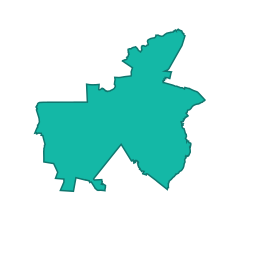 Oriental, Puebla, Mexico, rotated 65°
{"feature_id": "50627088B61096049889972", "entity_name": "Oriental", "entity_type": "district", "adm_level": 2, "iso_a3": "MEX", "parent_name": "Mexico", "parent_adm1": "Puebla", "projection": "robinson", "projection_center": [-97.583, 19.328], "detail": "fine", "context": "isolated", "style": "filled", "palette": "teal", "viewbox_px": 256, "rotation_deg": 65, "n_neighbors": 0, "source": "geoboundaries", "source_scale": "gbopen_adm2", "svg_char_len": 5541}
<svg xmlns="http://www.w3.org/2000/svg" viewBox="0 0 256 256"><g transform="rotate(65 128 128)"><path d="M56.7,94.6L57.6,95.1L58.9,95.4L59.2,95.7L59.4,95.8L59.7,95.5L60.0,95.5L60.7,96.0L61.6,95.9L61.7,96.0L61.9,96.7L62.1,96.9L62.6,97.3L63.3,97.7L63.3,99.1L63.4,99.3L63.7,99.1L64.0,99.1L64.9,99.8L65.2,100.2L65.1,101.2L64.8,102.5L64.9,103.4L64.7,104.4L64.9,104.7L75.3,98.5L78.6,101.5L79.3,101.7L81.0,102.4L82.1,103.3L80.1,109.3L78.9,113.7L78.4,115.0L76.5,118.6L78.8,119.3L80.0,120.2L82.7,121.9L83.4,121.6L84.8,121.8L85.1,122.1L86.2,123.5L86.6,124.7L86.7,127.9L86.7,128.3L86.8,128.7L86.7,129.2L86.4,129.8L86.3,130.7L85.9,131.2L86.1,131.4L85.4,132.2L85.2,132.0L84.5,132.9L84.2,133.0L83.6,132.9L82.1,134.1L81.9,133.8L81.0,134.7L81.5,136.8L81.4,137.6L80.8,138.3L76.3,135.8L75.2,138.9L73.6,142.5L72.3,144.8L70.8,147.0L87.4,153.9L69.1,193.4L67.5,197.3L67.5,198.8L67.8,199.4L68.1,199.9L69.4,200.9L69.3,201.4L69.9,201.9L70.0,202.4L70.4,202.5L71.1,202.2L71.6,202.4L71.9,202.1L72.4,202.2L72.8,203.3L81.0,204.4L82.2,204.7L85.2,205.8L87.3,208.2L87.2,208.7L89.3,209.7L89.5,210.5L93.3,214.6L93.6,213.0L93.8,212.9L94.7,213.3L94.8,213.0L94.7,212.6L94.8,212.2L94.7,211.8L94.9,210.9L95.3,210.4L96.2,208.8L97.4,209.3L97.9,209.8L98.8,208.4L101.1,208.9L107.8,210.1L108.1,210.2L108.3,211.0L110.0,211.8L110.9,212.8L112.4,213.5L113.5,214.2L119.6,216.9L123.2,218.6L128.8,210.4L138.4,210.4L143.0,215.0L147.2,207.7L149.9,208.9L152.0,211.2L156.0,215.7L162.3,204.2L151.0,196.2L157.3,188.4L157.1,188.3L158.6,186.6L159.3,185.5L159.6,185.7L160.3,185.7L161.2,185.6L161.0,185.2L161.1,184.9L161.5,184.1L167.7,183.3L168.7,183.2L168.9,183.3L169.2,183.0L170.7,182.5L171.8,181.6L172.9,179.0L174.3,176.6L175.1,175.4L173.7,174.7L172.5,173.7L172.4,173.7L170.6,172.7L169.9,173.1L169.2,173.7L167.5,174.5L168.4,175.0L167.6,175.9L167.3,175.5L166.9,175.2L165.9,174.1L165.6,174.0L165.4,174.2L163.7,173.6L160.9,180.5L160.2,180.8L159.7,180.8L159.4,180.4L158.7,179.1L139.9,141.1L159.3,138.8L159.1,137.0L160.3,137.3L160.6,136.9L161.4,136.9L161.7,137.3L162.3,137.5L162.3,135.9L160.6,135.6L160.6,134.8L160.7,134.7L161.2,134.7L161.2,133.9L162.5,133.9L162.8,133.8L162.5,133.3L163.5,133.0L164.4,133.8L164.5,134.4L166.0,134.4L166.4,134.5L166.5,134.8L168.2,134.6L168.3,134.8L169.8,134.2L170.2,134.9L171.5,134.2L173.0,134.0L172.8,133.5L174.1,131.8L175.4,133.9L175.7,134.0L178.2,131.3L177.3,130.9L177.4,130.2L178.3,129.5L187.4,124.7L188.8,124.1L200.0,118.5L200.3,118.4L199.9,118.0L198.9,117.3L199.1,116.5L198.0,116.1L195.7,115.0L195.2,114.9L194.9,114.1L193.6,113.2L193.6,112.9L193.2,112.1L193.0,111.0L192.8,110.7L192.8,110.4L191.7,107.9L191.6,107.0L191.4,106.3L190.9,105.6L190.4,104.0L190.1,104.0L190.3,103.4L190.2,101.3L189.2,99.7L189.1,97.6L188.5,96.4L187.4,94.7L186.9,94.2L186.1,93.5L183.9,92.0L183.4,91.2L183.0,90.8L182.4,90.5L180.8,90.1L180.2,89.5L179.7,88.3L179.3,87.9L178.8,88.1L178.5,88.1L178.4,88.0L178.1,87.9L178.2,87.6L178.4,87.5L178.4,87.3L178.1,87.2L178.5,87.0L178.5,86.8L178.3,86.7L178.2,86.5L178.2,86.1L178.4,85.6L178.6,85.6L178.5,85.4L178.8,85.2L178.7,84.7L176.2,81.8L174.8,81.2L172.8,80.5L172.1,80.5L172.0,80.4L172.0,80.1L171.6,80.1L171.7,79.7L171.1,79.3L170.8,79.4L170.7,78.9L170.3,78.8L170.0,78.3L169.7,78.1L169.0,77.9L168.5,77.6L168.1,77.7L167.3,78.8L167.0,78.8L166.5,79.1L166.1,79.1L165.6,78.6L164.5,79.8L165.0,80.4L164.2,80.1L163.7,79.7L163.5,79.9L161.6,80.3L161.1,79.4L160.0,78.5L160.0,78.4L159.0,78.2L158.3,77.9L157.5,78.3L157.1,78.3L153.7,77.7L152.6,77.7L152.3,77.5L151.9,77.8L151.6,78.2L151.1,78.5L150.5,78.6L149.9,78.4L148.4,78.2L148.7,77.1L147.9,77.1L147.8,76.4L147.6,76.2L147.3,77.2L146.8,77.2L146.8,77.5L146.2,77.4L144.8,77.3L144.7,77.2L145.2,76.5L145.5,75.3L144.9,74.6L144.4,74.7L144.3,73.7L143.9,73.4L143.7,73.1L143.4,73.3L143.4,73.2L143.3,72.8L143.2,72.1L142.7,71.7L142.9,71.6L142.8,70.9L142.6,71.0L142.4,69.9L142.7,69.0L142.3,68.4L141.0,68.8L140.5,68.8L139.1,69.1L138.7,67.7L137.1,66.5L137.4,65.0L137.4,64.1L136.8,62.5L135.7,60.7L135.3,59.1L135.2,57.4L135.3,57.2L135.3,56.6L135.4,56.2L135.4,55.7L135.6,55.0L135.9,54.5L135.9,53.7L136.1,52.5L135.9,52.3L135.8,51.5L136.0,49.5L135.7,49.0L135.5,48.2L135.6,47.2L135.2,46.4L126.2,49.3L124.9,49.8L124.2,50.3L121.6,52.9L121.3,53.1L120.4,53.9L117.8,56.0L117.8,56.4L115.3,59.3L116.5,60.3L114.4,61.9L113.5,63.7L112.7,64.2L111.9,65.2L111.4,65.5L110.6,66.4L110.1,67.5L109.8,67.8L109.2,68.2L107.9,69.5L102.1,76.3L101.7,76.9L101.2,76.8L101.4,76.5L99.9,76.1L100.3,74.9L98.8,74.6L99.3,73.1L98.0,72.9L99.1,70.9L99.5,70.4L100.6,69.5L100.5,69.3L100.7,69.1L96.3,65.8L95.5,64.9L92.0,70.7L92.1,67.7L91.5,65.9L76.1,44.3L68.5,37.4L68.0,37.8L67.0,38.0L66.0,38.1L65.9,37.7L64.9,38.3L64.6,38.6L64.1,38.3L62.7,38.3L62.0,39.0L62.0,39.4L61.4,39.6L61.3,39.8L61.2,40.3L60.8,40.1L60.5,40.5L60.2,40.6L59.8,40.6L59.7,40.8L60.2,42.5L60.0,42.8L60.1,43.1L59.8,43.3L60.3,43.4L59.4,43.8L59.5,45.3L59.8,45.4L59.6,46.0L60.0,46.3L60.1,46.8L59.5,48.4L59.3,48.7L59.5,49.0L59.2,49.5L58.5,52.7L58.8,55.1L59.4,57.1L59.4,57.7L59.1,58.8L58.5,59.6L58.2,59.9L57.6,60.7L56.8,61.2L56.6,61.4L55.7,63.5L56.6,63.9L57.2,64.8L57.4,65.6L57.5,66.1L57.3,66.6L57.1,67.0L56.5,69.7L56.6,72.2L56.8,72.9L57.1,73.3L57.8,73.8L60.4,74.2L60.9,74.3L61.1,74.4L61.0,75.8L61.4,77.1L61.4,77.6L60.9,78.5L60.2,78.7L60.1,79.0L59.8,79.3L59.6,79.7L59.7,80.3L59.9,80.6L59.7,80.8L60.0,81.0L60.3,81.6L61.0,81.8L61.4,82.1L62.0,82.1L62.3,82.3L62.5,82.2L62.8,82.3L63.1,82.3L63.2,82.8L63.7,83.5L64.4,84.5L63.5,85.0L61.9,85.8L61.4,85.9L61.1,85.8L59.7,86.0L57.8,86.7L57.6,86.8L57.5,88.2L57.2,89.0L57.1,90.4L57.5,91.8L57.1,92.5L56.9,92.8L56.7,94.6Z" fill="#14b8a6" stroke="#0f766e" stroke-width="1.5"/></g></svg>